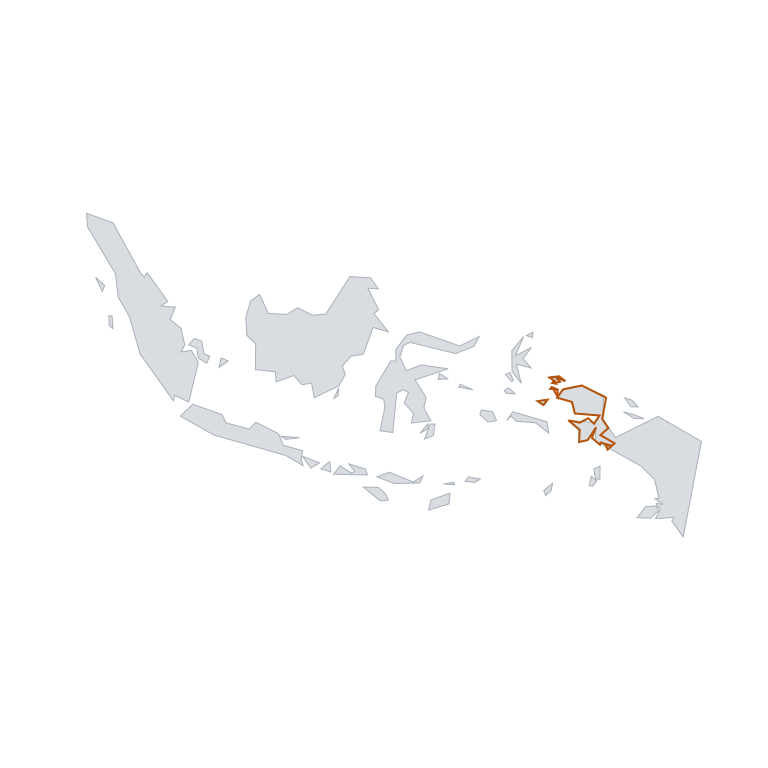 Papua Barat highlighted on a map of Indonesia, rotated 10°
{"feature_id": "IDN-1933", "entity_name": "Papua Barat", "entity_type": "Province", "adm_level": 1, "iso_a3": "IDN", "parent_name": "Indonesia", "parent_adm1": "", "projection": "orthographic", "projection_center": [132.375, -1.612], "detail": "coarse", "context": "in_parent", "style": "outline", "palette": "amber", "viewbox_px": 768, "rotation_deg": 10, "n_neighbors": 0, "source": "natural_earth", "source_scale": "10m", "svg_char_len": 4460}
<svg xmlns="http://www.w3.org/2000/svg" viewBox="0 0 768 768"><g transform="rotate(10 384 384)"><path d="M245.9,317.4L257.9,334.7L276.2,332.3L285.6,324.0L301.8,328.7L314.5,325.3L331.8,284.2L352.3,281.8L361.9,291.4L351.5,292.5L365.9,311.9L361.8,316.3L379.1,331.8L363.5,330.2L358.4,358.3L346.5,362.5L339.9,373.6L344.1,381.3L339.8,393.8L317.7,409.6L312.5,395.6L303.4,399.0L293.8,391.3L277.4,400.7L274.9,390.8L254.9,392.2L250.7,366.9L240.6,360.0L236.3,342.6L238.2,325.5L245.9,317.4ZM61.4,267.6L89.1,272.3L124.8,316.7L129.3,320.3L131.5,315.6L156.8,340.3L150.5,345.9L165.2,344.6L162.2,357.6L174.4,364.3L181.0,380.1L178.6,387.6L188.4,384.3L197.4,395.0L194.8,435.7L179.9,431.5L179.6,437.2L138.6,396.8L121.7,362.0L107.2,344.6L100.4,322.0L64.9,280.9L61.4,267.6ZM706.6,385.4L705.2,482.7L691.2,468.9L692.9,464.9L674.7,469.5L677.8,459.8L672.9,454.8L674.6,454.0L677.5,454.4L679.2,453.9L670.8,450.0L674.7,448.9L667.1,431.2L651.4,420.2L602.1,403.2L600.2,391.8L593.5,404.4L586.3,406.8L583.8,395.4L572.1,387.8L598.0,385.3L601.4,377.5L577.2,379.6L571.5,369.3L557.5,367.3L561.4,358.8L578.5,351.3L602.2,357.1L605.5,380.6L621.3,396.5L659.5,368.3L706.6,385.4ZM466.2,331.2L449.3,341.6L402.4,338.5L396.7,342.4L394.8,354.8L403.8,367.0L417.1,358.8L444.6,357.9L413.9,374.5L427.8,389.9L427.4,400.6L436.6,412.1L417.8,417.7L418.1,407.7L407.3,399.2L409.6,387.7L403.7,386.5L398.0,390.7L401.1,430.3L388.3,430.7L388.9,407.0L386.5,399.2L377.7,397.6L376.3,387.4L386.7,360.1L391.6,359.4L389.8,347.8L397.9,331.9L409.8,326.5L451.9,333.4L469.5,320.8L466.2,331.2ZM199.2,437.1L229.9,442.3L235.0,449.7L259.1,451.8L264.5,443.9L288.5,451.2L295.7,462.0L315.4,463.8L315.5,473.0L318.5,478.4L299.5,471.4L225.4,463.8L189.0,451.0L199.2,437.1ZM508.6,333.3L522.9,322.4L516.5,335.0L526.1,342.7L510.9,341.5L519.0,359.4L508.0,349.6L504.1,328.9L513.2,313.0L508.6,333.3ZM515.6,389.0L551.1,392.9L554.7,403.8L540.3,395.9L520.4,397.7L514.7,393.4L511.3,398.5L515.6,389.0ZM436.5,475.2L411.2,480.2L393.2,476.7L404.7,469.9L429.8,475.5L438.3,467.7L436.5,475.2ZM363.3,468.8L380.3,470.9L383.4,476.4L350.0,481.6L355.0,472.1L366.7,477.4L370.5,475.3L363.3,468.8ZM468.0,480.0L468.8,490.8L449.8,500.4L450.4,490.1L468.0,480.0ZM197.0,373.5L201.5,385.4L207.6,386.9L205.7,394.4L196.6,390.8L193.6,381.2L184.8,379.3L189.1,372.2L197.0,373.5ZM669.5,470.0L656.4,471.6L662.9,459.4L673.2,456.8L676.3,461.4L669.5,470.0ZM396.5,486.8L404.6,491.9L408.4,497.6L400.5,499.7L381.4,489.0L396.5,486.8ZM495.7,392.4L501.2,400.5L493.1,403.4L483.7,397.4L484.2,392.7L495.7,392.4ZM316.5,469.4L334.2,472.9L326.5,479.5L316.5,469.4ZM344.0,469.7L347.0,479.9L336.6,478.5L344.0,469.7ZM226.6,388.5L218.6,396.3L219.1,386.6L226.6,388.5ZM611.0,427.3L613.1,440.3L609.0,440.9L605.5,431.5L611.0,427.3ZM310.2,451.5L297.0,455.5L291.2,453.3L310.2,451.5ZM441.2,414.5L441.5,426.2L433.6,431.2L436.4,415.5L441.2,414.5ZM81.5,329.0L91.9,335.6L90.5,341.7L81.5,329.0ZM107.4,376.5L103.2,374.1L101.2,364.5L104.4,364.2L107.4,376.5ZM562.6,465.8L559.8,461.1L567.3,452.5L567.0,460.2L562.6,465.8ZM548.0,347.0L562.6,350.3L546.1,349.1L548.0,347.0ZM459.2,371.0L472.5,374.3L457.9,374.1L459.2,371.0ZM435.1,420.3L428.2,426.1L434.2,415.6L435.1,420.3ZM623.3,355.7L630.9,356.9L638.2,362.4L631.3,363.6L623.3,355.7ZM495.4,460.9L490.6,465.2L480.7,465.7L483.2,460.9L495.4,460.9ZM610.4,442.5L607.2,448.6L603.7,448.4L604.1,438.8L610.4,442.5ZM514.9,370.9L506.1,371.9L503.6,369.9L507.3,366.0L514.9,370.9ZM624.7,369.8L635.5,370.8L645.9,373.0L635.9,374.4L624.7,369.8ZM436.8,364.0L445.7,367.9L436.5,370.1L436.8,364.0ZM522.0,312.6L515.9,311.5L521.7,307.0L522.0,312.6ZM459.9,472.2L469.7,468.6L470.9,470.8L459.9,472.2ZM547.9,371.3L546.3,376.7L538.6,374.0L542.5,372.3L547.9,371.3ZM340.9,403.3L337.2,407.0L340.0,395.6L340.9,403.3ZM506.1,350.8L510.8,358.1L509.0,359.3L502.1,353.5L506.1,350.8Z" fill="#d9dde1" stroke="#a8b0b8" stroke-width="1"/><path d="M615.6,409.8L612.7,405.4L616.2,405.6L617.0,405.0L607.5,404.0L607.2,406.3L598.1,401.0L600.4,389.8L594.3,403.9L586.2,407.3L584.7,395.2L571.9,387.8L583.5,388.1L591.1,382.2L597.8,386.7L601.7,377.6L577.1,379.9L572.3,369.0L556.8,367.4L561.2,358.2L579.1,351.1L605.1,358.9L605.0,380.6L612.6,388.5L606.0,396.7L621.4,402.4L615.6,409.8ZM562.0,349.5L551.9,347.2L556.8,351.4L553.9,352.6L545.8,348.9L554.9,346.0L562.0,349.5ZM547.7,371.1L544.5,377.0L538.3,374.2L547.7,371.1ZM555.9,359.3L557.0,366.2L552.3,360.5L555.9,359.3ZM549.7,357.9L554.8,359.0L548.6,359.9L549.7,357.9ZM550.1,352.6L552.2,353.8L549.5,353.8L550.1,352.6Z" fill="none" stroke="#b45309" stroke-width="2"/></g></svg>